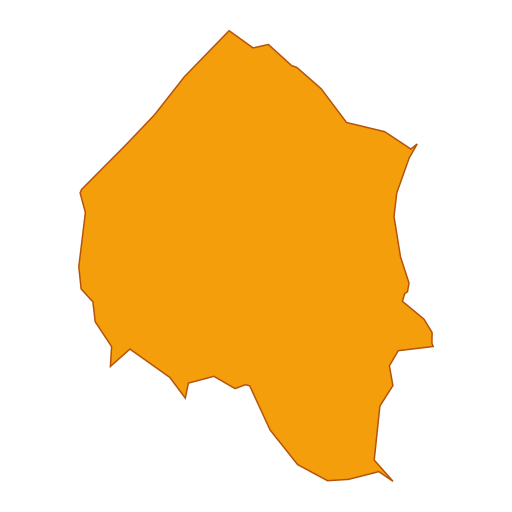 outline of Stafford, Virginia, United States of America
{"feature_id": "52423323B30629094750441", "entity_name": "Stafford", "entity_type": "district", "adm_level": 2, "iso_a3": "USA", "parent_name": "United States of America", "parent_adm1": "Virginia", "projection": "orthographic", "projection_center": [-77.434, 38.418], "detail": "fine", "context": "isolated", "style": "filled", "palette": "amber", "viewbox_px": 512, "rotation_deg": 0, "n_neighbors": 0, "source": "geoboundaries", "source_scale": "gbopen_adm2", "svg_char_len": 766}
<svg xmlns="http://www.w3.org/2000/svg" viewBox="0 0 512 512"><path d="M270.1,430.0L297.6,464.6L327.5,480.7L348.5,479.4L378.8,471.6L393.0,481.3L374.2,460.1L379.9,406.0L392.9,385.6L389.4,365.8L398.2,350.7L433.2,346.5L431.9,343.3L432.1,332.6L424.0,319.2L402.4,301.3L404.8,293.5L407.5,291.7L409.0,283.0L400.5,256.9L394.0,216.5L396.8,192.8L409.2,157.9L417.2,144.0L410.8,149.0L384.7,131.7L346.5,122.5L321.2,88.8L296.8,67.4L291.6,65.6L268.4,44.5L253.0,47.9L229.1,30.7L184.5,76.6L154.5,114.8L126.0,144.7L81.6,189.4L80.1,192.9L85.4,212.5L78.8,266.6L81.1,288.9L92.9,301.9L95.2,321.7L111.6,346.6L110.4,366.4L129.9,349.1L169.8,377.4L185.3,398.1L188.4,383.1L213.8,376.3L235.1,388.6L245.4,384.7L249.7,385.8L270.1,430.0Z" fill="#f59e0b" stroke="#b45309" stroke-width="1.5"/></svg>